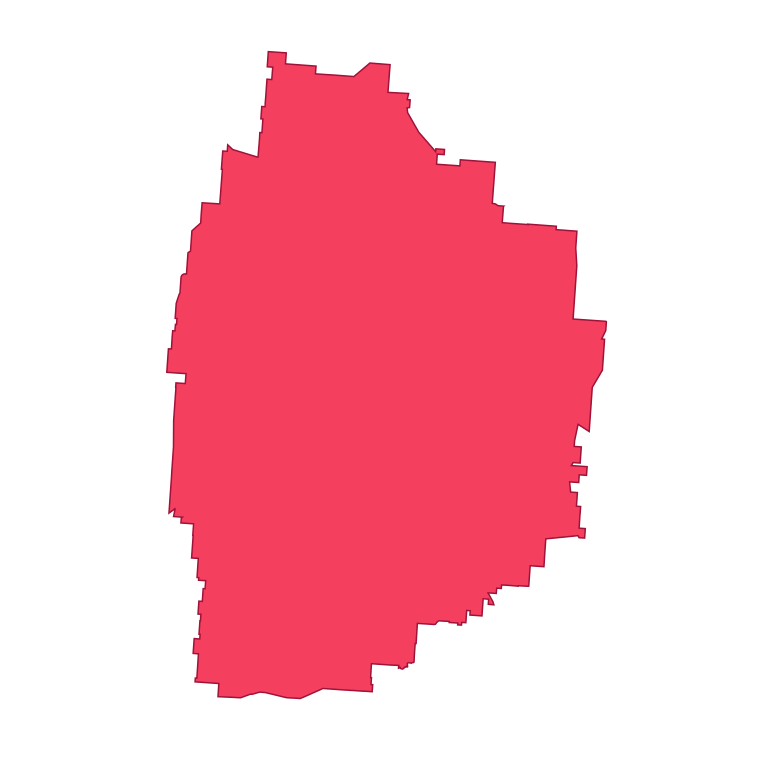 Corrigin, Western Australia, Australia, rotated 274°
{"feature_id": "25037944B17845862979070", "entity_name": "Corrigin", "entity_type": "district", "adm_level": 2, "iso_a3": "AUS", "parent_name": "Australia", "parent_adm1": "Western Australia", "projection": "orthographic", "projection_center": [117.705, -32.376], "detail": "fine", "context": "isolated", "style": "filled", "palette": "rose", "viewbox_px": 768, "rotation_deg": 274, "n_neighbors": 0, "source": "geoboundaries", "source_scale": "gbopen_adm2", "svg_char_len": 5488}
<svg xmlns="http://www.w3.org/2000/svg" viewBox="0 0 768 768"><g transform="rotate(274 384 384)"><path d="M101.5,418.3L101.7,418.8L102.6,419.3L102.3,420.0L101.7,420.0L101.4,420.3L100.9,422.0L101.0,422.5L101.6,423.5L102.4,423.9L102.8,424.5L103.1,424.5L103.3,424.7L103.2,425.4L103.7,425.8L103.3,426.6L103.3,426.9L103.5,427.2L104.2,427.3L104.6,426.9L105.4,427.0L106.8,426.7L107.6,427.5L107.6,428.3L107.6,430.1L107.3,430.8L108.0,431.6L108.3,432.2L108.2,433.0L108.7,433.3L110.8,433.3L116.8,433.2L127.3,433.2L127.3,434.1L129.4,434.1L147.5,434.0L147.6,444.1L147.6,450.9L147.7,451.3L147.8,451.7L147.9,452.0L148.1,452.2L149.8,453.2L150.1,453.5L151.3,454.8L151.5,455.1L151.6,455.5L151.7,465.7L150.6,465.7L150.7,474.3L148.8,474.3L148.9,478.1L151.6,478.2L151.6,482.3L154.7,482.3L163.9,482.3L163.8,485.8L159.5,485.8L159.5,490.6L159.5,497.9L161.4,497.9L176.7,497.9L176.6,503.4L171.5,503.4L171.4,509.0L173.2,508.3L173.9,508.0L174.3,507.9L174.8,507.6L176.6,506.4L180.7,503.8L182.8,502.3L182.9,502.6L182.9,510.6L188.2,510.7L188.2,515.3L191.7,515.3L191.8,519.2L191.8,524.8L191.7,531.3L191.7,532.0L192.1,532.0L192.3,542.3L192.4,542.5L202.5,542.5L212.9,542.5L212.9,556.3L227.0,556.2L240.8,556.2L241.4,559.7L245.1,581.5L245.8,585.5L246.2,587.7L246.2,588.1L244.3,589.3L244.3,594.9L253.8,594.9L253.8,588.7L267.7,588.6L268.1,588.7L275.5,588.7L275.5,584.5L289.2,584.5L289.2,577.7L296.8,576.4L299.3,576.0L299.3,585.1L307.0,585.1L307.0,592.4L315.7,592.4L315.7,576.6L318.8,578.1L318.8,585.2L335.0,585.2L335.0,578.1L340.8,578.1L357.3,580.4L350.9,592.0L377.9,592.0L395.2,592.0L412.8,600.8L413.1,600.9L420.2,600.9L444.0,600.9L444.1,598.0L452.8,601.5L461.6,601.5L462.0,601.1L462.0,598.8L462.0,589.0L462.0,568.1L473.2,568.1L488.9,568.1L515.4,568.1L533.0,565.8L539.5,565.8L549.9,565.8L549.9,565.6L550.0,544.9L553.4,544.9L553.5,516.8L553.5,516.4L553.1,516.6L553.1,507.7L553.1,498.1L553.2,490.7L569.6,490.8L569.8,491.0L569.8,490.8L569.8,485.4L571.4,482.6L571.8,479.4L592.3,479.5L592.5,479.5L612.9,479.6L613.0,444.5L606.9,444.5L606.9,421.1L617.0,421.1L617.0,428.0L622.2,428.0L622.2,419.3L619.4,419.3L637.6,401.1L644.2,396.7L656.4,388.6L661.1,387.8L661.5,390.2L669.3,390.3L669.3,387.3L675.5,388.3L675.2,367.6L689.5,367.7L703.0,367.8L703.2,347.5L700.9,345.2L688.6,332.5L688.7,314.4L688.6,294.0L696.4,294.0L696.4,292.1L696.5,263.4L707.5,263.4L707.5,262.7L707.5,245.4L700.5,245.4L692.3,245.4L692.3,250.9L679.9,250.8L679.9,246.0L663.8,246.0L655.1,245.9L654.9,246.0L652.3,246.0L652.3,242.7L639.9,242.7L639.9,244.7L626.2,244.7L626.2,242.6L619.6,242.7L601.6,242.5L601.6,241.6L605.1,226.4L607.0,218.2L607.3,216.8L611.7,211.4L605.2,211.4L605.2,206.9L586.9,206.8L586.9,207.8L570.6,207.7L569.5,207.7L552.2,207.6L552.1,189.9L539.6,189.8L531.8,189.9L531.1,189.2L529.3,187.5L527.2,185.4L525.1,183.4L523.8,182.1L523.6,181.9L523.3,181.7L523.2,181.7L504.8,181.7L503.5,181.7L503.3,181.7L503.2,181.7L502.9,181.5L502.7,181.3L502.6,181.1L502.4,180.9L502.3,180.7L502.2,180.5L502.1,180.4L502.0,180.1L501.8,179.9L501.7,179.8L501.7,179.7L501.4,179.4L501.2,179.4L500.9,179.3L488.4,179.3L480.0,179.3L480.0,178.4L480.0,177.8L479.9,177.4L479.8,177.1L479.8,176.8L479.7,176.6L479.6,176.3L479.4,176.1L479.2,175.8L478.9,175.4L478.7,175.1L478.4,174.9L478.0,174.7L477.8,174.5L477.4,174.4L477.0,174.2L476.6,174.2L476.2,174.1L460.8,174.1L460.6,174.1L459.6,173.6L459.1,173.4L458.5,173.2L457.7,173.1L456.5,172.7L450.0,171.1L442.5,171.1L442.3,171.1L442.2,171.1L434.9,171.1L434.9,172.9L428.9,172.9L428.9,171.8L422.4,171.7L422.4,169.5L415.9,169.4L404.1,169.5L404.1,166.5L396.0,166.5L380.5,166.5L380.5,176.4L380.5,185.8L370.6,185.7L370.6,179.8L370.6,176.4L367.8,176.4L366.2,176.4L366.2,176.6L365.3,176.7L332.9,176.7L306.3,178.4L303.1,178.4L284.6,178.4L283.4,178.4L274.5,178.5L267.5,178.5L261.7,178.5L242.7,178.5L240.2,178.5L243.7,182.7L244.5,183.6L245.1,184.2L245.0,184.3L244.9,184.3L244.7,184.3L244.4,184.2L242.4,184.0L237.7,183.4L237.1,183.3L237.1,191.9L237.1,192.2L235.9,191.1L231.2,191.1L231.2,192.9L231.2,199.6L231.2,203.8L219.5,203.8L219.5,204.2L210.0,204.2L197.0,204.2L197.1,210.9L177.9,211.0L177.9,212.7L175.3,212.7L175.3,217.3L175.4,219.8L167.3,219.8L167.3,217.9L159.1,217.9L154.5,217.9L154.5,214.5L141.5,214.5L141.5,217.4L135.0,217.4L135.0,216.9L134.0,216.9L133.1,216.9L129.7,216.9L121.4,216.9L121.4,218.0L116.8,218.0L116.8,212.4L109.0,212.4L101.9,212.4L101.9,217.7L87.6,217.8L77.5,217.8L77.5,216.3L77.3,216.3L73.7,216.3L73.7,228.2L73.7,240.1L60.5,240.2L60.7,247.8L60.8,251.9L60.9,255.7L60.9,258.8L61.0,262.0L61.0,262.8L61.1,263.0L61.9,264.9L62.4,266.0L63.2,267.8L63.7,269.0L64.5,270.7L65.1,272.1L65.2,272.3L65.2,272.5L65.3,272.7L65.3,273.2L65.3,273.9L65.3,274.1L65.4,274.5L65.8,275.5L66.2,276.7L67.3,279.6L67.7,280.8L67.8,281.2L67.9,281.4L68.0,281.9L67.9,285.0L67.9,286.5L67.9,286.8L67.9,287.2L67.6,289.0L67.1,291.9L66.5,295.6L65.9,299.0L65.5,301.5L65.1,303.7L64.7,306.1L64.5,307.5L64.3,308.3L64.3,308.9L64.3,310.1L64.3,312.6L64.4,315.8L64.4,317.3L64.4,322.4L64.5,322.7L64.7,322.9L66.4,326.3L67.2,327.8L69.3,331.8L70.6,334.1L71.2,335.3L73.1,338.9L73.8,340.3L74.4,341.3L74.7,342.0L75.1,342.7L75.6,343.4L75.8,343.8L76.0,344.1L76.0,345.7L76.0,346.0L76.0,346.7L76.0,347.0L76.0,349.1L76.0,354.4L76.0,355.2L76.0,358.2L76.0,360.3L76.0,362.9L76.0,366.9L76.1,369.3L76.0,371.1L76.1,373.6L76.1,376.8L76.1,379.7L76.1,382.1L76.1,384.9L76.2,385.0L76.2,388.5L76.2,391.4L76.2,393.7L83.3,393.7L83.3,392.0L90.2,392.0L90.2,391.1L104.1,391.0L104.1,400.0L104.1,410.4L104.1,410.5L104.3,418.3L102.4,418.3L101.5,418.3Z" fill="#f43f5e" stroke="#9f1239" stroke-width="1.5"/></g></svg>